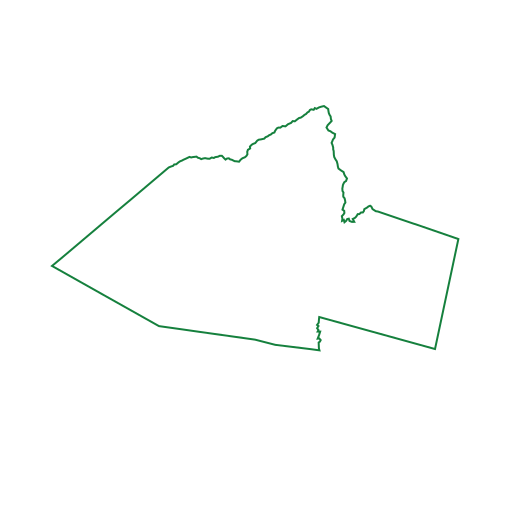 Redenção do Gurguéia, Piauí, Brazil (orthographic projection), rotated 167°
{"feature_id": "56859067B8713189832655", "entity_name": "Redenção do Gurguéia", "entity_type": "district", "adm_level": 2, "iso_a3": "BRA", "parent_name": "Brazil", "parent_adm1": "Piauí", "projection": "orthographic", "projection_center": [-44.528, -9.518], "detail": "fine", "context": "isolated", "style": "outline", "palette": "green", "viewbox_px": 512, "rotation_deg": 167, "n_neighbors": 0, "source": "geoboundaries", "source_scale": "gbopen_adm2", "svg_char_len": 2598}
<svg xmlns="http://www.w3.org/2000/svg" viewBox="0 0 512 512"><g transform="rotate(167 256 256)"><path d="M55.0,227.0L93.5,251.1L95.1,252.0L127.2,271.9L129.2,272.7L131.9,275.5L132.5,278.2L133.5,279.3L135.3,279.0L136.9,278.2L139.9,277.3L140.8,275.5L142.1,274.4L143.8,274.8L145.9,273.6L147.5,273.9L148.6,272.7L149.7,271.7L151.0,270.9L153.4,270.3L152.6,267.2L154.9,267.7L157.0,269.1L157.2,271.5L158.8,271.5L160.2,270.0L162.2,269.0L162.3,271.4L164.2,270.9L163.4,272.9L163.4,275.5L161.4,276.8L160.2,278.0L159.9,280.2L161.3,281.7L159.7,284.4L158.4,286.6L156.9,287.9L156.7,290.0L156.7,292.3L157.6,294.1L157.3,295.7L156.5,298.2L157.1,299.9L156.7,302.3L156.0,303.9L155.4,305.5L154.4,306.9L153.3,308.1L151.4,308.8L149.9,311.1L151.0,313.5L151.6,315.5L151.8,318.1L153.7,320.0L156.0,322.7L156.1,324.7L155.9,327.2L156.0,330.1L156.8,332.2L157.5,334.8L157.4,337.0L156.7,340.8L156.8,342.6L156.4,344.2L156.5,347.1L156.9,349.2L156.0,350.4L154.8,352.2L152.8,353.7L151.5,357.0L153.9,359.0L155.4,360.8L157.2,362.0L158.4,365.3L156.8,367.3L153.3,369.6L151.9,370.6L152.2,372.6L151.9,375.2L152.6,377.1L152.9,379.0L152.8,381.1L152.6,383.0L153.9,384.4L156.0,386.8L158.9,386.8L161.2,386.6L164.0,385.8L165.4,386.9L166.9,385.5L169.2,386.5L170.7,386.1L171.9,384.8L173.6,384.3L175.3,383.1L177.1,382.6L178.7,381.7L181.4,380.7L182.9,380.8L185.0,379.9L187.9,378.5L189.9,379.2L191.9,377.8L195.2,377.2L198.1,375.7L200.9,376.7L203.4,375.6L205.3,376.1L206.9,375.7L209.1,373.8L210.3,372.2L212.4,372.0L214.3,371.0L215.9,370.8L217.6,370.0L220.0,369.6L221.5,368.5L224.9,368.5L227.2,368.7L228.9,368.1L231.3,366.2L233.6,365.9L235.1,365.4L237.3,364.0L237.5,362.1L240.0,361.3L241.1,359.5L241.5,357.0L242.9,355.6L244.6,354.7L247.2,354.3L249.3,353.3L251.3,351.7L253.6,352.6L255.5,353.2L257.9,355.2L259.5,356.0L260.5,357.3L262.3,357.5L264.0,356.8L265.0,358.3L265.9,360.0L266.7,361.3L268.7,361.8L270.7,361.3L273.5,361.5L275.0,361.0L277.0,361.9L279.3,361.2L281.2,361.7L283.6,362.8L285.9,362.9L287.6,362.7L288.7,363.8L290.6,364.9L291.6,366.2L293.5,366.4L295.3,366.6L297.0,366.6L298.5,367.5L302.5,366.6L305.1,366.1L306.8,365.6L308.5,365.4L310.4,364.7L313.1,363.3L315.1,363.6L316.5,362.5L318.7,362.3L321.1,361.9L364.8,339.4L381.9,330.7L444.1,298.7L457.0,292.2L432.8,270.1L413.4,252.4L366.3,209.5L344.4,201.1L328.9,195.1L275.7,174.7L257.2,165.1L223.0,152.7L215.4,149.8L215.5,151.8L214.8,155.5L214.4,157.6L213.0,158.2L211.9,159.5L212.9,161.4L214.5,161.6L212.3,164.8L210.5,167.9L212.9,168.5L211.8,169.8L212.7,171.9L210.9,173.7L212.0,175.1L209.9,176.9L208.8,180.4L208.1,182.3L102.5,125.1L55.0,227.0Z" fill="none" stroke="#15803d" stroke-width="2"/></g></svg>